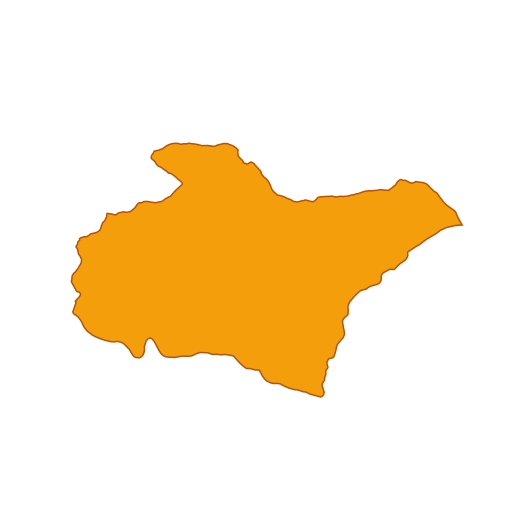 Dorokha, Samchi, Bhutan, rotated 135°
{"feature_id": "84629894B5574782149545", "entity_name": "Dorokha", "entity_type": "district", "adm_level": 2, "iso_a3": "BTN", "parent_name": "Bhutan", "parent_adm1": "Samchi", "projection": "equal_earth", "projection_center": [89.195, 26.97], "detail": "fine", "context": "isolated", "style": "filled", "palette": "amber", "viewbox_px": 512, "rotation_deg": 135, "n_neighbors": 0, "source": "geoboundaries", "source_scale": "gbopen_adm2", "svg_char_len": 5971}
<svg xmlns="http://www.w3.org/2000/svg" viewBox="0 0 512 512"><g transform="rotate(135 256 256)"><path d="M99.3,207.5L100.7,208.2L102.7,208.5L104.8,208.2L107.3,207.6L109.6,207.9L112.0,208.0L114.0,208.5L116.1,208.9L117.2,210.2L118.9,212.2L120.1,213.9L121.4,215.2L124.0,216.9L126.4,219.0L128.4,220.4L129.3,221.7L132.4,224.2L135.1,225.8L137.6,226.9L139.1,227.6L141.4,229.1L144.0,230.5L145.6,231.8L148.6,233.3L150.2,234.7L152.5,236.6L154.0,238.6L156.5,240.1L158.6,242.3L159.7,244.4L161.3,245.7L163.3,247.6L165.0,249.2L168.0,251.6L168.6,252.4L170.6,253.6L174.9,253.4L177.3,254.0L178.3,255.4L179.7,257.7L181.3,260.6L183.2,261.6L185.6,263.3L188.5,264.9L190.2,267.1L191.1,268.9L191.6,271.4L192.5,273.2L193.3,274.8L193.9,277.0L195.2,279.9L196.0,281.3L196.9,282.8L197.8,283.9L197.8,285.7L198.0,288.2L198.0,289.6L197.6,291.9L197.1,293.6L196.2,294.8L195.6,296.8L194.9,298.4L194.4,301.1L194.2,303.6L194.6,306.3L194.4,308.2L194.0,310.6L193.1,311.5L192.6,313.8L192.5,317.7L192.3,321.3L192.1,322.3L192.3,323.4L192.5,324.8L193.1,326.0L193.9,326.3L195.3,326.7L196.4,326.8L197.5,327.3L197.8,328.3L198.0,329.2L198.6,329.8L199.0,331.0L198.2,332.1L198.0,333.6L198.1,336.9L197.8,339.4L196.1,341.5L195.1,342.8L193.7,343.5L193.7,346.6L194.3,349.9L195.1,351.9L196.1,353.7L196.5,355.4L199.3,358.4L205.2,361.9L207.4,362.5L210.0,365.6L212.0,368.3L214.6,370.8L216.1,372.1L219.2,377.3L221.3,380.0L224.1,383.6L225.5,384.1L227.9,386.7L230.1,388.0L231.5,390.7L233.4,392.8L235.6,394.6L238.9,396.4L241.9,397.3L244.3,397.6L246.5,398.0L248.1,398.9L250.4,399.8L252.6,401.4L254.0,402.1L255.8,401.4L258.3,401.0L260.4,399.9L261.0,398.9L260.9,396.6L260.6,394.4L261.4,391.9L261.6,389.4L261.4,388.4L260.4,385.8L260.0,382.5L259.3,379.3L259.3,378.0L259.3,376.5L258.2,375.2L257.6,373.9L257.3,372.1L257.0,369.8L256.8,364.9L256.5,362.3L256.6,360.2L257.0,359.1L258.0,358.8L259.5,359.0L262.1,359.0L263.7,359.1L267.5,359.2L271.4,359.0L273.1,358.7L274.5,358.8L276.4,359.6L279.5,360.5L282.1,360.8L283.8,361.1L285.8,362.4L287.6,363.6L288.9,364.4L290.0,365.4L294.1,371.2L294.8,371.9L296.5,373.6L298.1,374.2L299.5,374.7L300.9,376.2L302.4,376.6L304.4,376.3L305.9,376.0L306.9,375.8L308.5,375.8L311.1,376.0L313.3,376.2L314.8,377.1L316.2,378.0L317.9,380.1L318.6,381.1L320.1,381.9L321.6,383.0L323.4,383.9L325.1,384.0L326.2,384.3L327.4,386.1L328.1,387.3L330.3,390.4L331.3,391.4L332.4,390.7L333.6,389.5L335.2,388.9L336.2,388.7L337.3,388.1L338.3,387.9L340.8,388.0L341.6,387.7L342.4,387.2L343.7,386.8L345.4,385.9L346.8,385.0L348.4,384.8L350.0,384.8L350.7,385.1L351.6,385.3L352.9,385.8L353.8,386.4L354.9,387.1L357.4,388.7L358.5,388.6L359.3,388.6L360.3,389.1L361.2,389.2L362.0,389.5L362.7,389.8L363.8,391.1L364.9,391.7L365.9,392.0L366.7,392.8L367.8,392.9L368.6,393.0L369.3,392.0L370.6,392.0L371.8,391.8L372.7,391.5L373.3,391.0L374.7,390.2L376.1,390.2L377.0,389.4L377.1,388.1L377.4,387.3L377.8,386.2L378.7,385.0L379.4,384.1L380.2,382.5L380.4,381.1L380.7,379.5L381.4,378.0L381.7,377.0L383.6,375.3L385.3,374.5L386.5,374.1L388.0,373.9L390.2,373.1L392.7,372.8L395.4,372.5L396.6,372.7L399.4,372.2L400.6,371.6L402.4,369.9L404.7,368.5L405.7,365.2L407.1,360.3L407.7,358.5L407.7,357.2L407.0,356.3L406.5,355.0L407.0,353.1L408.4,352.4L410.4,352.0L415.6,351.9L415.6,351.0L417.2,349.8L421.0,348.0L425.1,346.0L425.8,344.1L425.2,341.5L424.9,338.8L425.1,336.7L425.8,332.8L427.3,329.1L427.9,326.9L428.5,322.5L427.6,315.8L426.6,312.5L424.7,307.9L422.5,303.4L419.0,297.8L416.9,295.5L414.0,293.2L411.9,289.4L411.5,287.3L411.5,284.5L411.6,279.2L412.5,276.4L413.5,271.4L412.7,269.1L410.2,266.2L408.3,265.8L405.9,265.9L403.5,266.9L401.4,268.4L398.8,271.0L393.7,273.6L391.0,273.9L388.8,272.9L388.1,270.7L388.3,267.9L389.4,264.0L391.6,257.2L392.3,253.1L391.9,250.7L391.2,248.7L388.5,245.3L385.9,242.4L382.3,239.6L379.3,237.7L374.8,233.0L373.0,231.5L372.0,230.8L367.5,229.2L364.0,227.5L361.8,225.2L358.5,221.6L356.4,217.2L353.7,214.7L350.4,210.7L347.1,207.8L345.5,205.6L344.6,204.3L342.6,201.2L343.0,195.1L343.1,191.0L342.9,186.6L342.7,185.5L342.4,183.4L339.5,180.1L338.1,177.7L337.7,176.7L336.6,175.4L334.3,173.0L334.9,171.4L335.1,170.6L336.4,166.4L336.5,165.4L336.7,164.0L336.9,162.8L336.8,161.1L336.8,160.0L336.1,158.1L335.1,155.5L334.5,154.4L332.5,152.1L331.6,151.4L330.4,150.0L329.1,148.1L328.7,146.2L327.8,143.7L326.5,140.2L325.6,138.3L324.9,137.3L324.5,136.3L323.4,134.5L322.5,133.4L321.9,132.8L320.7,130.8L319.8,129.0L319.2,128.0L318.8,126.8L316.9,124.5L315.5,120.2L313.2,116.2L309.9,110.5L308.1,109.9L306.5,110.1L305.1,110.8L304.1,111.5L302.3,114.9L300.9,117.6L300.3,118.4L298.1,119.2L295.2,119.8L293.5,121.4L292.9,121.8L291.2,122.3L289.7,123.5L288.4,125.1L287.4,125.6L286.3,125.9L284.8,126.0L283.6,126.6L283.2,127.6L282.2,129.4L280.9,130.7L279.0,131.4L278.0,131.9L276.7,131.6L275.4,130.9L273.6,129.7L272.0,129.9L270.4,130.4L269.6,131.0L267.5,132.1L266.7,132.5L263.5,134.7L262.2,135.4L260.8,135.9L259.1,136.2L257.0,136.3L255.7,136.4L252.0,136.7L249.3,137.8L247.8,139.1L245.9,141.8L245.0,143.3L243.4,145.5L241.8,147.7L240.7,148.9L239.3,149.6L238.5,149.7L236.7,149.8L235.2,149.6L233.3,149.5L232.0,149.9L230.0,151.6L229.2,152.4L227.0,155.1L224.6,156.4L221.9,157.3L216.9,157.8L211.7,157.9L207.6,157.7L205.9,157.3L204.8,156.6L201.3,154.6L198.5,154.4L194.7,152.8L192.1,151.3L191.0,150.6L189.6,150.0L188.0,149.7L186.1,149.8L184.6,150.5L182.9,152.0L181.4,153.3L180.5,153.8L179.5,154.2L177.6,154.0L175.9,153.6L173.4,152.8L171.2,152.1L169.3,150.5L168.0,148.8L166.6,148.7L165.6,148.8L163.7,148.8L160.7,148.8L158.7,148.6L156.4,148.0L153.0,147.6L150.4,148.0L148.3,149.0L145.9,151.6L144.3,151.2L135.7,149.5L133.1,148.6L123.7,147.3L113.7,144.7L107.2,143.7L101.1,141.4L94.2,137.1L91.2,134.7L88.3,132.1L87.2,136.2L85.5,141.8L83.9,145.6L83.6,146.4L83.8,148.9L84.3,151.5L84.8,154.9L85.3,157.9L85.2,162.2L84.7,164.8L84.5,167.0L83.5,173.0L84.4,175.8L84.4,178.7L84.5,181.2L84.3,184.1L84.5,186.4L85.2,188.4L87.1,191.4L88.1,192.3L89.5,194.5L90.3,195.7L92.6,196.3L94.8,197.8L95.3,199.2L96.8,203.7L98.5,205.6L99.3,207.5Z" fill="#f59e0b" stroke="#b45309" stroke-width="1.5"/></g></svg>